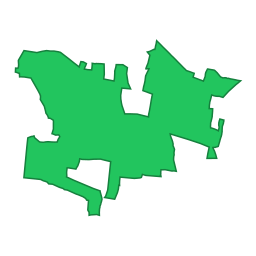 Kantunil, Yucatán, Mexico
{"feature_id": "50627088B31709995716796", "entity_name": "Kantunil", "entity_type": "district", "adm_level": 2, "iso_a3": "MEX", "parent_name": "Mexico", "parent_adm1": "Yucatán", "projection": "albers", "projection_center": [-88.955, 20.752], "detail": "fine", "context": "isolated", "style": "filled", "palette": "green", "viewbox_px": 256, "rotation_deg": 0, "n_neighbors": 0, "source": "geoboundaries", "source_scale": "gbopen_adm2", "svg_char_len": 5763}
<svg xmlns="http://www.w3.org/2000/svg" viewBox="0 0 256 256"><path d="M216.7,158.3L215.7,154.6L215.1,152.9L214.5,151.1L213.1,148.4L212.9,147.5L213.7,147.4L214.0,147.4L214.4,147.4L215.0,147.4L215.4,147.3L215.7,147.1L216.4,146.9L216.7,146.9L217.7,146.6L218.2,146.4L218.5,145.4L218.8,144.5L218.9,144.0L219.1,143.4L219.6,141.7L220.1,139.7L220.4,138.8L220.5,138.4L220.8,137.5L221.0,136.9L221.2,136.5L221.3,135.9L221.4,135.6L221.6,134.9L221.7,134.4L221.9,132.8L222.1,131.8L222.1,130.9L222.1,130.3L222.1,129.9L222.2,128.8L222.2,127.9L222.3,127.3L222.3,127.0L222.3,126.7L222.5,126.0L222.5,125.8L222.9,124.9L223.1,124.2L223.4,123.3L223.6,121.9L223.8,121.4L223.7,120.8L223.9,120.1L222.8,119.8L222.5,119.7L220.9,119.3L219.9,119.0L219.6,120.0L219.3,120.8L219.1,121.7L218.9,122.4L218.8,123.2L218.8,123.8L218.8,124.3L218.7,124.8L218.8,125.6L219.0,126.3L219.1,127.2L219.1,127.7L219.0,128.3L218.9,128.7L218.7,129.1L218.3,130.8L217.4,130.3L216.2,129.7L214.2,128.9L213.1,128.5L212.1,128.2L211.1,127.9L210.6,127.9L210.5,126.9L210.5,126.2L210.5,125.8L210.6,124.7L210.6,123.6L210.7,122.5L211.1,121.3L211.7,118.8L211.9,118.0L212.1,117.0L212.2,116.4L212.2,115.6L212.3,114.7L212.3,114.3L212.4,113.6L212.5,112.2L212.6,110.9L212.6,110.1L212.7,108.8L212.1,108.7L211.5,108.7L211.0,108.7L209.7,108.6L209.2,108.6L209.3,107.1L209.3,106.1L209.4,105.4L209.4,105.0L209.5,104.4L209.7,103.1L209.8,102.0L209.9,101.7L210.1,101.1L210.3,100.5L211.7,95.0L212.4,95.2L214.0,95.8L214.6,95.9L215.5,96.1L216.1,96.2L217.5,96.3L217.9,96.3L218.6,96.3L219.3,96.3L223.0,97.4L228.6,91.3L230.7,89.4L236.2,84.4L237.9,83.1L240.6,80.8L237.5,80.3L235.9,79.9L233.4,79.4L230.1,78.8L228.5,78.3L227.3,78.4L226.4,77.9L225.7,77.8L225.1,77.7L222.8,77.9L221.8,77.4L220.9,77.1L220.2,76.5L217.1,72.7L214.8,70.5L214.1,70.1L209.3,69.3L207.9,69.0L207.5,69.0L205.8,72.4L205.4,74.0L205.2,76.4L203.4,81.1L203.1,81.0L200.9,80.1L199.6,79.7L198.1,79.1L193.8,77.5L193.5,77.4L193.1,77.2L193.4,76.0L194.0,74.2L194.2,73.3L192.7,72.8L189.8,71.7L187.1,70.8L186.3,70.5L185.5,69.6L185.1,69.2L183.4,67.6L180.9,65.0L180.0,64.1L178.4,62.5L177.5,61.6L176.3,60.3L172.8,56.8L172.3,56.4L170.6,54.7L170.0,54.0L167.5,51.5L166.5,50.5L165.9,49.9L162.3,46.4L161.7,45.7L160.6,44.6L158.6,42.6L157.2,41.3L156.7,40.7L156.5,41.4L156.3,42.8L156.1,44.0L155.8,45.1L155.6,45.8L155.2,48.1L155.0,48.9L154.8,49.5L154.0,49.3L153.2,49.7L149.7,51.4L147.3,52.0L149.9,55.2L149.1,58.5L148.2,62.3L148.0,63.3L147.8,63.7L147.0,65.6L146.8,66.0L146.4,67.2L146.0,68.2L145.9,68.8L146.6,68.9L147.0,68.8L149.0,68.7L148.6,69.7L147.2,72.5L146.3,74.4L145.9,75.4L145.7,75.7L145.6,76.1L145.0,81.0L144.3,84.2L143.9,85.7L143.7,86.3L143.6,86.8L142.9,90.6L152.4,94.1L152.2,95.5L152.0,96.2L151.9,96.6L151.8,97.5L151.5,98.8L151.3,99.9L150.5,104.8L150.5,105.0L149.3,111.6L148.9,113.3L148.7,114.2L148.6,115.0L148.5,115.8L148.5,116.9L137.2,114.1L130.6,113.9L124.8,113.9L122.0,105.6L121.5,103.4L121.4,102.9L120.8,98.9L120.7,95.3L121.8,88.1L130.6,88.9L128.1,83.2L127.9,82.5L127.9,82.0L126.6,73.5L127.4,67.6L122.9,64.7L116.2,64.6L115.9,66.8L114.7,71.2L114.8,71.8L114.5,77.9L114.4,78.9L114.3,79.2L114.2,80.0L114.0,81.0L103.7,79.0L103.9,77.5L104.0,76.9L104.0,76.7L104.0,76.4L104.3,74.4L104.1,64.0L100.9,63.7L100.2,63.7L98.1,63.6L96.9,63.6L96.2,63.5L95.7,63.6L95.3,63.8L94.9,63.8L94.2,63.6L93.5,63.5L92.2,63.3L92.2,65.0L92.0,67.3L91.8,69.0L91.7,69.9L89.6,69.8L87.3,69.6L85.9,69.3L84.4,69.2L84.8,67.3L85.3,66.5L85.8,65.3L86.4,63.6L83.3,61.9L80.9,61.6L79.5,65.8L79.1,66.2L79.0,66.6L79.0,66.8L78.0,66.0L74.3,63.2L69.2,59.1L60.5,52.4L59.8,52.2L58.4,51.8L54.1,51.1L50.6,51.1L46.6,50.6L42.3,51.3L36.9,52.6L24.0,50.6L18.4,60.3L18.4,61.5L18.6,64.7L18.5,66.0L18.5,66.3L18.5,66.5L18.0,68.1L17.1,68.2L15.6,68.1L15.4,72.1L16.3,72.3L18.6,73.2L19.4,73.3L19.6,76.9L20.5,76.8L24.4,77.0L29.9,77.9L30.9,78.0L38.1,90.7L40.0,94.4L40.3,95.5L40.5,95.7L40.5,97.7L40.3,99.5L44.3,106.3L45.5,111.0L46.0,113.3L47.1,114.7L47.5,115.5L48.2,116.9L48.4,118.1L50.4,118.4L53.3,120.2L53.5,122.1L53.4,122.5L53.4,129.1L52.0,133.7L53.3,134.1L55.6,135.1L58.7,134.9L59.0,135.2L59.8,136.7L58.2,139.2L57.2,142.0L54.7,142.1L51.8,142.0L48.0,141.7L45.8,141.9L43.4,142.3L40.7,142.1L39.5,141.9L34.6,137.7L34.0,135.9L33.0,136.3L31.3,136.5L29.4,137.2L27.8,137.9L26.8,147.3L23.9,177.7L39.5,179.3L41.2,179.6L41.9,180.1L43.4,180.8L45.2,181.3L47.2,182.1L48.7,183.9L52.6,184.2L59.4,187.3L63.4,188.6L64.3,189.6L65.7,189.8L67.4,190.1L76.3,194.1L77.9,194.6L83.0,196.7L85.3,198.2L86.5,199.6L86.6,200.1L88.5,200.4L87.8,210.0L88.6,211.6L89.0,212.1L89.1,212.6L89.1,215.3L90.7,214.9L96.7,214.5L99.4,215.3L99.3,212.4L99.5,208.9L99.9,207.4L100.0,206.0L100.6,204.7L101.0,202.9L101.4,201.8L102.0,199.2L101.7,197.4L100.1,191.5L100.1,190.9L93.6,188.6L74.1,180.4L66.5,176.9L66.8,175.7L66.7,174.2L66.6,172.8L66.7,171.2L67.1,167.9L68.0,167.8L75.0,168.9L75.9,169.1L76.5,167.8L77.8,165.8L79.0,162.4L79.3,161.7L79.7,158.8L82.0,159.4L89.0,159.6L93.8,159.2L100.5,159.1L105.6,160.4L110.7,161.6L107.8,189.2L107.6,190.4L105.7,196.1L104.6,197.5L114.7,199.2L117.4,192.7L118.4,189.0L118.8,185.2L119.6,185.4L119.5,183.8L119.6,180.9L120.0,177.1L134.4,178.4L140.0,177.9L141.4,177.4L142.4,174.4L145.7,175.4L161.0,176.6L160.9,175.7L160.4,175.2L160.7,174.8L160.8,172.9L160.7,172.4L161.0,169.7L163.1,169.8L163.8,169.7L165.2,169.7L171.8,171.0L174.1,170.9L176.3,171.3L173.6,160.1L173.6,158.7L173.7,157.0L173.8,156.2L174.0,155.6L174.1,154.8L174.1,154.2L174.0,153.2L174.0,152.7L174.1,151.7L174.3,150.6L174.4,150.1L174.5,149.3L174.2,148.5L173.9,147.8L173.8,147.4L173.2,146.1L173.0,145.3L173.0,144.9L173.1,144.4L173.1,143.8L172.9,143.0L172.8,142.7L172.7,142.0L172.1,140.1L171.9,139.6L171.8,139.3L171.6,138.8L171.4,138.4L170.9,137.1L170.7,136.4L170.5,135.8L170.2,133.9L188.1,139.4L200.5,143.5L209.2,147.1L207.9,153.2L207.0,158.4L216.7,158.3Z" fill="#22c55e" stroke="#15803d" stroke-width="1.5"/></svg>